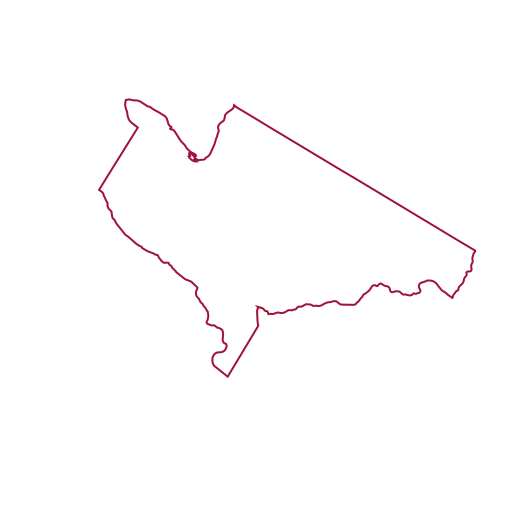 outline of Río Negro, rotated 211°
{"feature_id": "ARG-1297", "entity_name": "Río Negro", "entity_type": "Province", "adm_level": 1, "iso_a3": "ARG", "parent_name": "Argentina", "parent_adm1": "", "projection": "natural_earth1", "projection_center": [-67.714, -39.784], "detail": "fine", "context": "isolated", "style": "outline", "palette": "rose", "viewbox_px": 512, "rotation_deg": 211, "n_neighbors": 0, "source": "natural_earth", "source_scale": "10m", "svg_char_len": 5670}
<svg xmlns="http://www.w3.org/2000/svg" viewBox="0 0 512 512"><g transform="rotate(211 256 256)"><path d="M71.0,373.5L70.5,372.8L70.5,372.0L70.7,371.2L70.7,370.3L69.8,366.5L69.0,364.9L67.9,363.6L67.1,362.2L67.0,360.2L66.6,358.5L64.1,355.2L64.1,353.6L64.7,352.9L66.1,352.1L66.7,351.5L67.1,350.6L67.0,350.0L66.5,349.5L65.9,348.6L65.6,347.7L65.6,347.1L65.9,345.5L65.9,344.5L65.9,343.7L65.7,343.0L65.3,342.1L64.8,340.1L64.9,338.4L65.9,334.9L66.0,333.8L65.9,333.0L65.3,331.2L65.3,330.1L65.6,329.8L66.0,329.5L66.3,328.6L66.4,326.7L66.7,324.8L66.7,323.7L66.1,321.7L66.1,321.2L66.4,321.2L71.8,321.6L74.6,322.2L77.8,322.2L79.3,322.3L87.5,325.4L90.1,325.7L91.2,325.6L93.6,324.9L94.8,324.3L95.4,323.9L96.4,323.3L96.8,323.0L97.0,322.7L97.6,321.6L100.2,318.6L100.8,317.8L101.3,316.9L101.4,315.7L101.1,314.6L100.6,313.6L99.9,312.8L99.1,312.3L98.3,311.8L97.5,311.3L97.0,310.5L96.9,310.0L96.9,309.5L97.0,309.0L97.2,308.5L97.5,308.2L98.1,307.6L98.4,307.3L98.6,307.0L98.9,306.4L99.1,306.1L99.8,305.7L101.2,305.4L101.8,304.9L101.9,304.5L102.0,303.7L102.1,303.4L102.4,302.8L102.8,302.4L103.2,301.9L103.6,301.6L105.7,300.6L106.9,300.3L107.9,300.2L108.5,299.8L109.6,298.9L110.3,298.7L110.9,298.7L112.3,299.0L112.9,299.2L114.3,299.3L115.8,299.0L117.3,298.2L118.5,297.3L120.2,295.4L120.9,295.0L121.9,294.8L122.8,295.2L123.6,295.8L124.3,296.7L125.8,297.7L127.5,297.7L130.8,296.7L134.4,296.8L135.5,296.2L135.9,295.3L136.4,293.0L136.9,292.4L137.2,292.3L138.1,292.4L138.5,292.3L139.0,292.1L139.5,291.9L140.0,291.5L140.4,291.1L140.9,290.0L141.0,288.6L141.0,285.9L141.2,284.7L142.7,280.6L143.6,279.0L143.9,278.2L144.0,277.6L143.9,275.9L144.0,275.3L144.3,274.2L144.4,273.6L144.7,270.5L144.9,269.5L145.5,268.1L145.6,267.6L145.7,266.7L145.7,266.3L145.9,265.8L146.6,264.9L147.6,264.2L157.8,258.3L158.5,258.1L159.8,258.0L163.7,258.5L164.7,258.2L165.8,257.6L168.7,254.6L170.4,253.4L171.1,252.7L173.4,249.5L173.5,248.9L173.6,248.7L174.6,247.3L175.3,246.4L176.1,245.7L177.5,244.9L178.5,244.6L180.8,243.0L181.4,242.7L181.8,242.6L183.1,242.6L184.3,242.5L184.6,242.4L185.7,241.7L187.6,240.8L188.1,240.6L188.4,240.2L188.9,239.5L190.5,236.6L190.8,236.3L191.2,235.8L193.4,234.5L193.7,234.2L193.9,233.7L194.5,231.0L195.0,230.2L196.2,229.3L196.6,228.8L197.2,227.9L199.0,227.1L199.7,226.6L200.4,226.0L200.9,225.3L202.1,222.9L203.2,221.5L204.5,220.4L205.8,219.6L207.2,219.3L208.6,218.5L211.4,215.2L212.7,214.4L213.4,214.2L215.2,212.6L215.7,212.7L216.6,213.8L217.9,214.4L218.5,214.3L219.0,213.9L219.7,213.7L220.5,213.8L222.4,214.5L223.9,214.5L228.4,213.3L227.5,213.0L227.3,212.5L227.4,211.7L227.3,210.8L226.8,209.5L221.2,201.0L219.2,198.5L218.3,197.7L218.1,196.6L218.1,146.8L218.1,138.4L218.1,138.0L235.2,140.3L237.0,141.2L238.3,142.3L239.5,143.9L240.6,145.7L241.1,147.4L241.2,149.8L240.6,151.8L239.6,153.3L236.7,155.3L235.3,156.6L234.4,158.4L234.1,160.9L234.3,161.9L234.6,163.1L235.0,164.1L235.4,164.5L235.7,164.7L236.4,165.2L236.9,165.3L238.0,164.9L238.5,164.9L240.1,165.6L241.4,166.9L243.7,171.7L244.8,173.3L246.2,174.7L247.8,175.4L251.1,175.2L252.2,174.6L255.4,175.1L256.5,174.8L258.4,173.6L262.0,172.9L263.0,172.9L263.9,173.4L264.4,174.0L264.5,174.9L264.5,176.0L264.7,176.7L265.7,179.5L267.2,181.7L267.8,182.3L268.5,183.3L268.7,183.5L269.2,183.5L273.4,185.8L275.3,186.2L276.6,187.2L277.6,187.5L279.6,187.8L281.1,188.8L281.5,189.0L281.8,189.1L282.6,189.9L283.0,190.0L284.9,190.4L286.4,191.1L287.7,192.3L288.7,193.8L289.2,195.4L289.5,197.9L290.0,198.8L291.1,199.1L292.2,199.3L297.3,200.5L299.1,200.6L304.8,199.6L315.6,201.0L316.1,201.1L317.0,201.6L318.1,201.8L319.5,202.4L321.3,202.6L321.9,202.8L322.3,203.0L323.0,203.7L323.5,203.9L325.2,203.9L325.9,204.0L326.4,204.4L326.8,204.7L327.1,205.0L327.9,204.9L328.8,204.5L329.7,204.0L330.4,203.3L331.4,202.8L332.5,202.7L334.7,203.2L338.4,204.6L340.0,205.7L340.8,206.1L341.2,206.0L343.1,205.3L345.3,205.4L351.6,204.2L357.4,204.2L357.7,204.2L358.8,205.0L361.9,204.5L363.2,205.0L364.0,204.6L375.9,206.8L378.9,206.9L392.6,212.0L395.7,214.0L396.4,214.3L398.4,214.6L399.1,215.2L402.7,219.5L403.5,219.9L406.4,220.6L408.0,221.5L408.6,222.0L409.2,222.6L410.2,224.4L411.0,225.3L412.5,226.0L418.0,229.7L419.1,230.9L420.8,231.5L424.6,231.9L424.2,260.9L423.7,289.6L423.5,303.3L423.5,305.2L432.1,306.3L434.8,307.2L435.5,307.6L438.7,310.5L440.5,312.9L440.9,313.3L443.0,314.9L445.5,317.4L446.0,318.2L447.6,321.5L447.9,322.8L447.5,323.0L447.0,323.5L445.9,324.4L445.2,325.1L442.2,325.9L437.2,328.4L435.2,328.8L426.1,328.5L424.3,329.0L423.3,329.2L419.3,328.8L413.3,329.1L406.6,329.0L404.7,328.6L403.0,327.7L398.8,323.8L396.9,323.0L395.2,323.1L394.8,322.8L394.7,322.3L394.9,321.8L395.2,321.0L394.8,320.6L393.9,320.9L392.7,321.3L391.8,321.5L390.1,321.1L379.9,315.9L374.3,314.4L370.4,312.5L366.6,311.7L364.6,311.5L361.6,311.8L360.3,311.7L359.2,311.3L359.1,310.5L359.9,310.0L361.0,309.6L361.8,309.8L361.6,310.7L361.9,310.7L362.2,310.5L362.4,310.4L362.5,310.3L365.0,310.4L365.8,310.3L366.2,309.9L365.8,308.8L364.6,308.4L363.9,307.9L365.1,306.7L364.1,306.0L360.1,305.1L357.7,305.4L356.2,306.0L355.8,306.3L356.6,306.4L358.0,306.1L358.7,306.3L358.1,307.1L358.3,307.6L358.8,308.0L359.3,308.5L355.0,308.3L354.2,308.7L353.7,309.3L350.3,311.8L349.9,312.3L349.7,312.8L349.7,314.0L349.6,314.4L349.0,315.4L348.5,316.6L348.1,317.8L347.9,319.0L348.0,321.2L349.1,330.2L350.7,336.4L350.8,338.1L351.8,341.1L352.0,342.7L352.5,344.3L354.8,346.7L355.4,348.3L355.3,349.9L354.9,351.6L354.4,353.3L353.8,354.3L353.4,355.8L353.8,357.7L355.0,360.7L354.9,362.6L354.2,364.8L352.4,368.6L351.7,370.9L351.9,372.7L352.5,374.0L352.2,374.0L349.5,373.5L324.1,373.5L311.5,373.4L275.8,373.4L225.6,373.4L210.9,373.5L175.1,373.5L170.3,373.5L93.5,373.4L71.4,373.5L71.0,373.5Z" fill="none" stroke="#9f1239" stroke-width="2"/></g></svg>